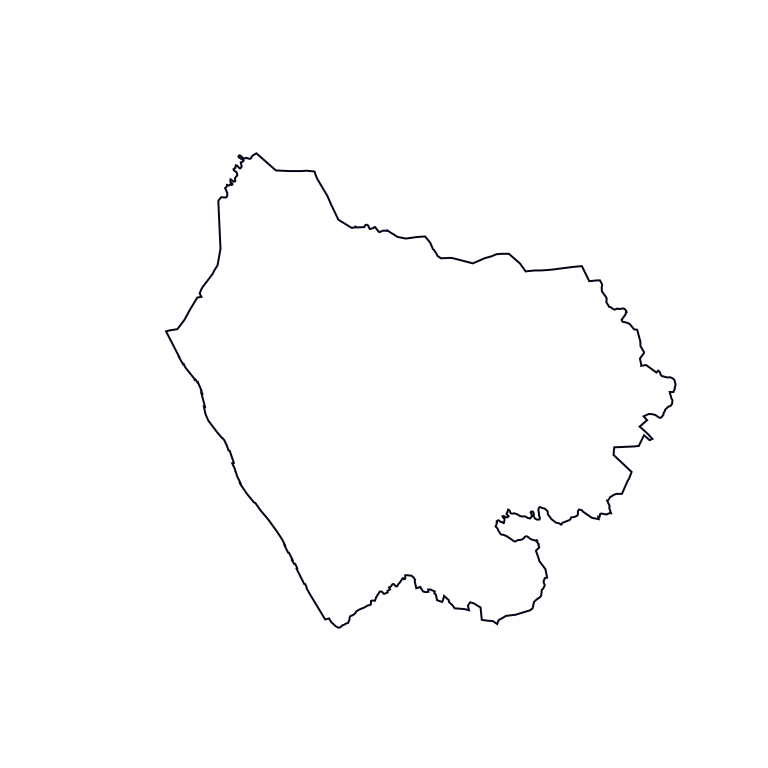 the district of Nirzas pag., Ludzas, Latvia, rotated 220°
{"feature_id": "27541924B94409410618996", "entity_name": "Nirzas pag.", "entity_type": "district", "adm_level": 2, "iso_a3": "LVA", "parent_name": "Latvia", "parent_adm1": "Ludzas", "projection": "equal_earth", "projection_center": [27.914, 56.391], "detail": "fine", "context": "isolated", "style": "outline", "palette": "ink", "viewbox_px": 768, "rotation_deg": 220, "n_neighbors": 0, "source": "geoboundaries", "source_scale": "gbopen_adm2", "svg_char_len": 6166}
<svg xmlns="http://www.w3.org/2000/svg" viewBox="0 0 768 768"><g transform="rotate(220 384 384)"><path d="M144.4,276.7L141.4,284.9L134.9,291.8L126.6,304.6L126.0,307.5L126.3,308.4L129.0,313.4L128.5,317.5L127.5,320.6L127.5,322.6L127.8,323.3L130.8,327.7L130.5,329.3L131.4,333.1L134.7,335.0L136.1,338.7L134.6,340.4L135.4,341.2L141.3,345.9L151.1,348.2L155.1,350.8L160.3,353.8L160.5,354.6L160.0,358.2L160.2,358.8L162.2,359.8L162.5,360.8L165.4,361.3L165.4,362.0L165.8,362.5L166.5,362.6L166.8,362.4L167.0,361.5L171.7,359.5L175.8,359.4L177.2,358.8L177.9,357.1L177.8,355.0L178.9,352.7L181.1,350.5L182.3,347.6L183.6,347.1L191.5,346.4L195.5,345.3L197.2,344.1L198.7,344.1L202.6,345.4L203.9,346.2L206.9,346.6L207.5,348.6L208.2,349.5L208.2,350.3L209.5,351.3L209.0,352.8L208.5,353.3L206.5,353.3L204.7,354.1L203.1,354.2L202.8,354.6L203.5,355.5L203.7,356.5L205.1,358.2L207.5,358.4L208.2,358.8L207.4,359.8L204.4,360.5L203.9,361.0L203.5,362.3L203.5,362.7L203.9,363.0L205.6,362.9L206.9,363.6L206.9,364.9L207.5,365.6L207.6,366.8L208.2,367.5L207.9,367.8L205.8,367.6L204.4,366.6L203.6,366.5L202.0,367.5L201.0,368.8L197.3,370.0L195.0,370.2L192.5,371.7L191.2,373.0L189.6,373.7L188.3,373.6L185.7,374.8L185.6,377.5L187.0,378.9L189.2,380.0L189.1,381.0L188.7,381.6L188.0,381.9L186.3,381.3L184.2,378.9L182.1,378.0L179.9,378.3L177.8,380.1L178.0,380.9L178.6,381.7L180.8,383.0L183.0,385.3L184.8,386.7L185.8,388.8L185.5,390.0L183.1,390.7L181.0,391.8L177.3,391.7L176.5,391.5L175.0,389.7L173.9,389.2L172.1,389.0L169.1,388.1L163.3,388.3L159.8,390.0L157.9,390.1L157.8,391.0L158.1,391.8L157.7,393.1L154.4,399.0L154.3,400.5L154.9,402.0L152.3,405.1L151.3,407.6L151.8,408.9L153.8,411.4L153.9,413.2L151.3,414.5L149.6,414.1L138.8,415.1L132.6,418.5L134.6,420.1L133.4,420.6L134.9,423.5L134.2,424.5L129.6,427.1L128.2,430.1L127.0,430.9L131.9,433.9L132.6,435.5L138.1,438.1L137.7,438.5L137.6,439.5L138.0,442.8L136.5,447.2L135.3,449.3L131.1,452.8L135.1,466.4L135.5,469.1L137.8,475.8L162.6,477.2L166.9,483.5L152.3,496.9L149.0,500.3L151.9,511.9L144.4,511.7L143.1,514.5L150.4,515.4L160.8,515.7L159.2,525.4L164.3,526.1L162.0,531.1L161.3,531.7L158.9,533.4L156.4,534.6L151.2,535.2L150.4,536.0L150.1,536.7L150.1,539.8L151.2,541.6L151.4,543.7L152.1,545.1L151.6,549.5L150.7,550.8L150.4,552.0L150.6,554.0L152.3,556.6L153.0,557.2L154.7,557.8L160.0,561.5L157.1,564.0L158.1,566.5L158.0,567.3L159.0,568.1L159.4,569.5L160.6,571.3L164.2,573.8L166.8,573.8L168.8,573.3L171.5,570.9L176.3,568.7L178.0,568.9L180.0,570.3L182.5,570.5L182.7,567.9L195.4,567.0L198.7,563.3L198.9,563.8L204.3,568.0L204.8,575.0L205.4,575.6L211.9,577.9L214.9,581.3L224.8,588.2L225.3,588.2L227.4,586.6L234.2,587.9L236.1,587.5L239.1,586.3L241.1,585.1L242.5,585.4L243.2,585.8L243.7,592.6L244.9,594.7L244.5,595.2L247.3,596.2L249.1,595.8L252.1,592.5L253.7,591.9L255.0,589.3L257.3,588.6L260.0,588.5L260.9,587.8L266.3,589.6L267.8,591.9L269.1,593.1L276.7,595.1L279.4,598.0L280.4,599.9L281.4,600.7L285.2,602.2L287.7,600.0L292.8,594.7L308.2,601.5L315.0,594.6L329.4,579.0L336.4,572.2L341.7,567.7L347.9,561.3L357.1,563.7L372.0,564.0L377.6,559.3L381.3,555.7L383.6,551.1L387.8,545.0L393.5,533.5L412.2,524.6L414.1,523.4L421.2,516.9L425.5,516.5L427.6,517.6L431.8,518.8L433.2,518.8L439.6,522.0L447.4,523.4L453.4,517.6L460.7,509.5L468.1,505.4L479.8,503.8L479.6,503.6L483.1,501.1L485.2,497.3L486.9,497.4L491.7,498.5L492.3,497.8L492.4,496.8L494.3,493.7L495.1,493.7L497.9,495.2L499.8,494.8L500.4,493.9L500.0,491.5L505.3,486.6L507.0,486.2L506.6,485.6L509.2,482.8L524.5,480.5L540.5,487.8L548.3,491.7L567.2,498.3L571.4,500.5L573.4,502.0L574.2,501.9L580.8,497.3L584.0,494.1L594.0,485.8L604.1,478.1L630.0,478.7L631.5,474.4L631.3,471.8L631.0,471.6L631.3,470.5L632.0,469.9L635.1,468.6L635.8,466.9L636.2,466.6L640.7,466.6L641.7,466.2L642.0,465.6L641.8,464.7L640.7,464.3L637.1,464.9L635.0,464.7L635.2,463.3L636.2,461.7L632.8,459.1L632.6,457.0L633.2,456.4L636.8,456.8L638.1,456.4L637.9,455.7L636.8,454.1L637.4,451.9L636.7,451.3L632.9,451.4L630.4,449.5L630.6,447.3L630.4,445.8L628.4,443.9L628.4,443.2L629.3,442.5L633.1,442.1L632.7,441.3L631.5,440.1L630.6,439.8L629.1,440.1L628.3,439.3L628.8,438.4L630.2,437.8L630.4,436.3L632.3,435.6L631.4,433.9L631.4,432.7L631.7,432.0L626.7,429.5L625.2,427.5L624.8,426.2L624.8,425.5L625.2,425.1L628.8,422.4L628.7,418.1L628.3,417.4L596.1,382.4L587.9,368.1L586.9,361.6L586.1,358.5L585.2,341.2L584.7,338.7L583.4,334.8L579.9,333.4L582.6,330.2L580.5,316.8L578.1,304.8L577.7,297.0L577.6,293.1L582.9,287.0L584.8,284.2L558.2,273.1L558.4,272.8L550.5,269.9L550.4,270.6L546.8,269.0L533.0,266.2L531.7,265.4L531.4,266.3L527.8,265.3L527.7,265.7L519.5,261.6L519.7,261.1L517.2,259.9L517.9,259.5L506.4,251.4L507.5,250.9L501.2,246.1L495.0,243.0L480.9,239.8L473.7,238.5L473.4,238.8L470.2,238.3L464.8,235.8L460.3,233.1L459.3,233.7L448.3,227.0L449.3,225.7L443.9,223.2L441.5,221.4L441.2,221.5L437.0,218.8L431.5,216.4L430.7,216.0L431.3,215.8L431.1,215.6L428.9,214.7L418.6,211.8L407.3,209.7L406.2,210.2L397.2,207.8L385.6,205.8L371.6,202.3L362.2,199.5L356.1,196.8L356.5,196.4L348.8,193.1L348.2,193.6L340.8,190.4L341.2,189.8L337.1,188.4L336.5,189.1L332.1,187.2L332.3,186.3L316.5,179.5L315.7,180.1L313.2,178.8L311.6,177.6L305.5,175.3L277.7,165.8L275.4,169.1L271.6,167.7L265.4,167.4L262.5,167.9L261.4,168.9L261.0,169.9L260.8,172.3L259.8,173.7L259.3,175.7L257.9,178.0L258.9,181.0L260.6,183.9L260.4,185.1L259.7,186.0L258.7,188.8L259.0,192.2L257.7,195.9L255.4,200.1L254.1,203.9L252.9,205.3L252.4,206.6L254.5,209.6L254.2,210.2L251.6,212.2L253.0,215.8L253.8,222.2L252.3,223.5L249.0,223.2L247.2,226.7L248.4,227.9L247.3,230.5L249.4,231.4L248.6,233.0L248.8,236.2L247.8,237.0L244.9,236.7L244.4,236.9L243.9,237.6L244.4,239.7L244.2,241.2L244.8,247.0L244.6,247.6L243.2,247.3L242.6,248.3L243.1,249.3L244.7,250.8L244.5,251.6L239.7,254.8L236.7,254.8L234.3,254.0L233.9,252.8L228.0,248.3L226.9,249.8L226.0,251.8L220.7,250.2L218.0,251.5L216.4,253.4L218.1,254.9L216.5,256.3L211.7,257.7L211.0,256.1L209.0,256.0L204.3,252.5L199.4,254.4L199.9,256.4L201.8,260.3L195.8,260.1L194.7,259.5L194.2,258.8L189.4,258.5L185.7,257.6L177.5,263.4L173.5,265.3L177.3,268.2L177.7,272.1L174.5,273.6L166.4,274.9L157.5,266.2L152.9,269.0L148.3,272.3L143.0,272.9L144.4,276.7Z" fill="none" stroke="#020617" stroke-width="2"/></g></svg>